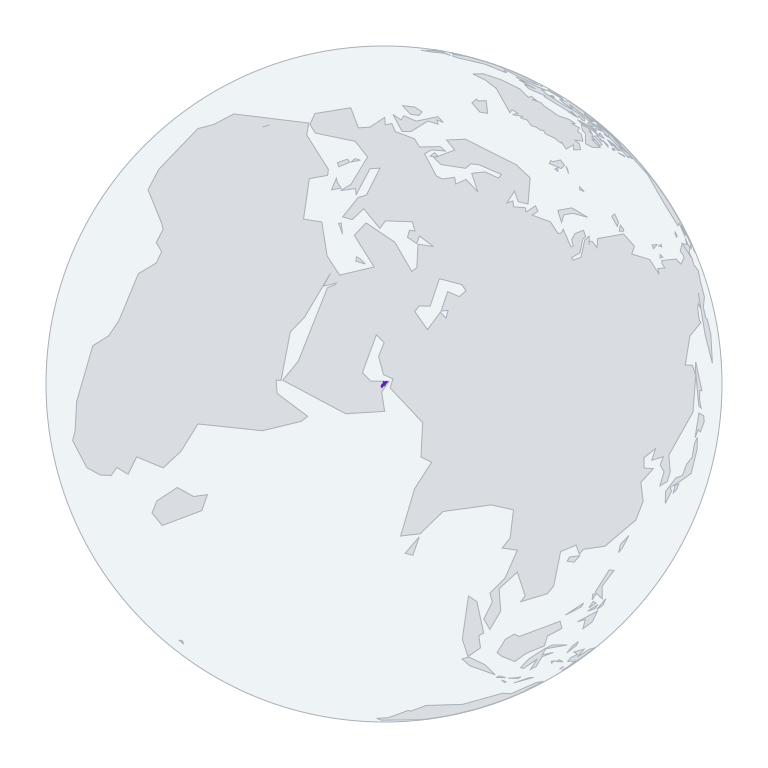 Ras Al Khaymah highlighted on a globe, orthographic projection, rotated 47°
{"feature_id": "ARE-338", "entity_name": "Ras Al Khaymah", "entity_type": "Emirate", "adm_level": 1, "iso_a3": "ARE", "parent_name": "United Arab Emirates", "parent_adm1": "", "projection": "orthographic", "projection_center": [56.062, 25.448], "detail": "medium", "context": "on_globe", "style": "filled", "palette": "violet", "viewbox_px": 768, "rotation_deg": 47, "n_neighbors": 0, "source": "natural_earth", "source_scale": "10m", "svg_char_len": 11515}
<svg xmlns="http://www.w3.org/2000/svg" viewBox="0 0 768 768"><g transform="rotate(47 384 384)"><circle cx="384" cy="384" r="338" fill="#eef3f6" stroke="#a8b0b8"/><path d="M491.9,63.8L489.4,63.0L494.0,64.8L489.5,63.7L473.6,58.9L470.3,58.4L479.7,61.5L481.0,63.1L467.7,58.5L468.7,61.1L442.3,55.8L410.5,48.3L392.3,48.0L350.2,48.4L350.6,48.9L334.9,50.8L329.4,52.4L323.1,52.9L324.2,53.9L330.9,53.2L333.6,53.7L331.0,54.9L322.6,55.4L322.7,54.9L318.9,55.7L315.8,55.7L315.8,56.4L305.9,57.5L311.8,58.4L300.6,61.0L295.1,61.3L300.9,58.6L302.5,56.1L326.0,51.1L349.8,47.8L373.7,46.2L397.7,46.4L421.7,48.2L445.4,51.7L468.9,56.9L491.9,63.8ZM247.3,74.9L246.8,75.3L259.3,70.2L260.7,70.0L271.4,66.8L264.1,70.4L251.1,76.0L241.9,79.2L235.9,82.2L240.1,82.2L218.4,92.4L196.4,107.2L191.4,110.1L189.9,108.6L201.6,99.6L201.0,99.9L223.7,86.5L247.3,74.9ZM196.2,103.1L195.1,103.9L185.8,110.3L196.2,103.1ZM178.2,116.0L175.5,118.1L177.9,116.5L172.5,120.7L173.4,119.7L178.2,116.0ZM495.5,65.3L498.5,66.3L499.6,66.9L495.5,65.3ZM274.7,65.2L273.0,66.0L271.9,66.1L274.7,65.2ZM280.9,63.3L280.7,62.9L283.7,62.0L280.9,63.3ZM493.7,66.0L494.6,67.2L490.9,65.1L493.7,66.0ZM280.4,64.0L288.8,60.4L294.0,59.0L298.4,58.8L280.4,64.0ZM493.3,67.3L495.7,71.1L502.6,73.2L484.6,70.1L488.5,67.4L482.9,64.2L489.4,66.6L493.3,67.3ZM334.2,52.6L326.9,53.3L335.4,51.8L334.2,52.6ZM339.0,51.5L361.2,47.8L370.7,47.9L361.3,48.8L375.5,48.7L369.2,50.5L360.0,51.0L355.1,50.4L356.4,51.7L339.0,51.5ZM474.3,68.2L472.6,68.8L471.4,67.4L474.3,68.2ZM335.4,53.7L339.0,52.7L347.5,52.6L341.7,54.7L340.8,54.0L335.4,53.7ZM382.4,48.2L387.7,48.9L384.0,50.4L385.6,51.0L369.9,50.6L382.4,48.2ZM337.6,54.6L338.6,55.9L332.2,57.2L332.4,54.8L337.6,54.6ZM352.1,51.8L355.9,52.0L351.9,52.5L352.1,51.8ZM310.2,63.6L314.4,61.7L319.2,61.4L310.2,63.6ZM339.4,56.3L341.6,55.9L343.9,55.8L343.3,56.9L339.4,56.3ZM368.4,52.0L365.8,52.7L374.7,52.1L372.3,53.8L362.2,53.4L365.6,54.2L364.9,54.8L357.5,54.0L368.4,52.0ZM349.7,57.8L336.1,58.8L327.3,62.0L322.8,62.2L337.8,57.1L349.7,57.8ZM354.9,55.6L350.7,56.9L347.2,56.2L348.0,54.9L354.9,55.6ZM374.3,55.1L380.5,52.7L382.5,52.9L374.3,55.1ZM347.8,58.8L351.1,58.6L347.6,59.1L347.8,58.8ZM366.9,56.2L368.8,55.2L371.0,55.5L366.9,56.2ZM356.1,59.3L351.8,59.4L352.1,58.4L356.1,59.3ZM361.6,58.0L364.2,58.6L354.9,57.9L362.1,57.4L361.6,58.0ZM368.7,56.7L370.6,56.5L367.5,57.1L368.7,56.7ZM357.1,63.6L345.4,63.0L346.3,60.5L357.6,61.3L357.1,63.6ZM73.4,402.1L70.3,345.9L78.2,331.3L84.1,309.6L141.9,261.0L149.1,270.7L189.0,278.3L193.0,282.9L182.9,298.6L208.5,330.4L223.1,319.0L251.6,338.3L274.1,342.2L291.7,311.4L255.0,304.3L254.0,287.2L287.7,279.4L320.6,286.9L321.3,280.6L305.0,263.8L317.2,254.1L299.9,257.1L303.5,264.3L292.8,266.8L288.9,260.5L293.3,257.1L284.7,252.6L265.7,271.6L267.3,280.9L241.9,279.3L242.1,295.1L233.6,300.2L230.0,275.7L233.9,268.0L223.4,239.7L217.0,247.4L226.5,275.1L221.5,271.7L212.9,283.9L215.5,272.0L206.8,241.2L187.0,239.5L153.6,263.1L143.7,261.1L139.1,250.1L159.3,219.9L179.2,228.1L186.6,219.0L189.5,201.8L195.3,206.3L198.9,200.7L207.1,203.6L225.5,194.5L234.9,196.4L248.7,181.0L255.4,180.3L245.3,189.4L243.3,197.3L267.3,203.8L273.9,201.5L281.0,191.4L286.7,195.1L290.4,184.5L307.5,184.3L289.8,176.2L297.6,165.6L311.5,159.8L310.9,155.2L288.3,165.0L282.1,170.4L281.9,177.2L262.4,192.6L252.7,193.2L261.1,172.7L248.3,171.8L260.5,157.5L314.0,137.7L333.0,136.6L350.5,155.9L342.3,161.5L331.9,157.0L335.4,170.6L338.0,164.9L342.8,168.4L351.4,160.5L355.2,162.7L357.0,151.7L362.7,153.6L361.4,160.5L379.0,151.7L392.5,154.1L394.6,151.2L393.1,147.4L411.2,153.8L412.0,151.4L406.4,148.3L404.3,141.8L407.6,133.3L413.7,135.9L413.3,139.3L421.6,151.2L419.6,160.8L422.5,161.2L425.6,153.5L415.5,138.9L415.8,133.1L421.9,139.2L419.7,136.5L421.7,134.5L429.5,135.3L423.4,128.4L437.7,106.5L454.1,106.9L457.9,114.1L474.3,104.8L491.5,108.0L486.3,104.9L490.7,99.6L485.3,98.4L483.2,96.6L491.9,85.1L498.7,85.2L496.6,78.7L493.9,77.3L488.8,76.7L484.6,70.1L502.6,73.2L507.7,76.0L515.5,76.9L526.2,83.5L538.6,90.1L545.8,98.2L555.0,103.5L557.0,103.4L570.9,111.4L592.9,129.8L566.5,115.2L531.8,92.1L545.2,101.0L539.6,99.4L542.8,103.2L552.5,110.0L555.2,110.4L557.4,127.4L575.6,150.8L580.6,145.7L590.2,150.0L615.2,177.1L630.3,224.3L643.4,234.5L648.5,243.3L646.7,251.8L639.2,239.0L631.6,237.3L627.7,229.3L622.3,240.2L616.4,229.4L615.2,244.0L622.7,251.1L629.6,244.8L631.1,263.3L646.4,274.3L655.2,292.5L653.3,333.1L640.9,350.8L641.6,357.2L632.9,353.3L627.0,369.1L647.4,397.6L648.8,407.6L636.5,432.4L635.3,425.3L612.5,414.8L612.2,439.5L629.6,453.4L635.7,473.9L624.0,471.3L617.3,453.4L609.2,449.1L608.6,428.1L596.5,399.8L584.5,409.5L582.8,396.9L564.3,375.1L545.5,388.1L517.5,427.7L518.1,459.8L506.5,475.5L481.5,433.1L473.7,402.5L462.6,406.7L438.6,382.0L391.1,382.2L386.3,374.0L376.9,377.9L360.3,369.3L353.7,355.6L342.8,356.1L361.0,392.1L372.9,391.7L385.6,378.4L388.2,391.1L404.4,402.2L379.6,432.3L312.2,455.5L308.9,431.2L275.0,359.7L277.9,352.5L277.9,351.6L277.7,350.0L271.2,361.5L266.5,347.5L281.0,396.8L282.0,417.0L311.2,456.9L307.6,460.3L318.0,468.6L355.5,461.9L355.0,469.8L335.2,504.8L286.3,547.4L294.8,578.4L294.7,602.7L268.6,614.6L275.5,632.7L262.7,636.4L264.9,645.8L257.2,653.5L242.6,658.4L213.0,650.3L207.6,641.8L187.2,620.7L157.4,570.9L161.0,552.5L156.9,534.7L135.8,488.4L140.2,467.9L135.5,456.3L125.2,454.1L120.3,440.1L114.4,436.8L81.1,424.2L73.4,402.1ZM116.3,291.1L113.4,297.2L113.3,297.3L116.3,291.1ZM352.0,312.1L373.9,315.1L370.0,293.9L378.1,293.6L373.8,286.9L369.6,292.5L359.9,274.4L371.5,269.3L371.8,260.5L364.5,259.2L344.8,271.7L358.5,297.1L351.0,305.0L352.0,312.1ZM182.4,112.8L182.2,113.0L178.5,115.8L178.4,115.8L181.4,113.6L182.4,112.8ZM173.5,122.8L164.9,129.4L170.9,124.3L169.1,124.9L179.5,115.7L189.4,111.1L183.1,114.5L173.5,122.8ZM196.2,103.4L188.4,108.9L196.5,103.1L196.2,103.4ZM210.9,170.5L211.4,175.3L204.9,180.6L193.1,180.6L202.4,172.7L210.9,170.5ZM213.7,181.2L225.3,162.2L233.1,162.3L226.8,165.3L230.8,167.2L221.6,172.7L217.7,192.3L211.7,198.5L193.1,193.6L202.5,191.4L201.4,186.5L213.7,181.2ZM241.3,122.0L246.4,116.1L256.7,123.6L250.7,128.4L238.5,128.0L238.5,122.2L241.3,122.0ZM286.6,65.5L287.9,64.3L290.2,63.9L291.0,64.6L286.6,65.5ZM311.8,62.7L283.3,70.7L283.4,69.5L266.7,76.7L260.3,76.8L271.3,71.9L253.9,77.9L261.3,73.6L249.5,78.3L274.8,67.5L280.7,64.6L276.5,67.7L282.2,67.5L286.4,66.5L303.0,62.1L318.6,56.8L326.7,56.6L328.4,57.9L325.8,59.1L321.3,58.7L321.2,60.7L312.8,61.1L311.8,62.7ZM342.3,85.5L338.2,82.4L336.5,90.5L328.0,89.3L328.4,90.3L320.1,91.7L310.7,95.4L307.6,94.3L305.3,96.3L299.7,97.6L295.5,100.1L288.5,99.2L282.7,102.5L282.7,100.3L274.6,106.2L277.5,101.5L270.7,103.3L271.5,106.9L244.4,100.3L230.8,102.6L217.8,107.6L224.6,100.0L241.0,91.0L260.9,83.4L273.1,82.9L273.9,80.1L280.0,79.2L276.8,81.8L285.3,77.3L289.4,77.4L307.2,73.4L317.0,68.0L323.7,66.8L321.9,69.0L329.9,66.4L331.1,70.0L336.0,69.4L342.0,72.9L335.8,78.2L341.7,77.3L346.6,80.4L342.3,85.5ZM358.5,64.6L353.0,70.2L345.7,72.7L338.2,65.8L333.6,65.8L328.6,62.5L339.3,59.3L339.7,60.5L342.7,60.9L338.2,61.7L344.0,61.4L344.8,63.2L349.6,63.6L346.5,65.2L358.5,64.6ZM201.0,278.5L204.8,280.6L211.5,281.8L206.2,290.0L201.0,278.5ZM194.6,257.5L198.5,257.7L194.3,268.9L190.4,267.1L194.6,257.5ZM204.2,248.7L199.1,256.8L199.5,251.4L204.2,248.7ZM249.3,189.3L253.8,189.2L252.9,191.8L248.8,194.9L249.3,189.3ZM335.5,112.7L334.3,109.7L336.5,109.0L340.6,102.1L347.2,102.9L347.3,107.4L335.5,112.7ZM283.5,315.8L274.9,320.8L272.4,317.2L275.8,316.2L283.5,315.8ZM237.1,305.5L246.0,312.1L235.6,307.7L237.1,305.5ZM343.4,112.5L344.3,109.4L347.0,111.8L343.4,112.5ZM352.2,103.3L356.0,105.5L348.5,102.3L352.2,103.3ZM433.8,706.5L437.7,707.8L431.9,708.5L433.8,706.5ZM352.3,603.6L336.2,642.7L320.2,641.6L314.6,629.8L318.7,605.8L336.5,599.9L344.5,588.6L352.3,603.6ZM680.7,499.9L684.9,497.9L684.5,499.4L680.7,499.9ZM676.4,498.5L681.8,495.2L675.0,502.1L676.4,498.5ZM683.8,493.9L689.2,487.4L691.6,483.5L690.8,486.7L683.8,493.9ZM672.5,501.0L648.6,513.4L638.4,514.4L641.5,508.2L658.0,501.7L672.5,501.0ZM640.6,508.4L624.1,500.8L596.7,466.8L606.6,464.5L634.2,481.0L632.6,486.1L642.7,493.4L640.6,508.4ZM678.0,463.4L676.2,477.6L663.7,483.5L657.6,484.5L653.5,469.4L655.8,459.4L661.0,457.2L677.6,416.9L684.1,420.6L679.8,436.5L684.9,445.3L678.0,463.4ZM519.9,462.6L528.9,479.7L522.2,483.9L519.9,462.6ZM681.6,391.5L676.7,409.0L680.3,387.5L681.6,391.5ZM682.2,372.6L683.8,379.0L680.0,374.3L682.2,372.6ZM643.9,366.6L638.5,370.8L637.1,366.1L643.1,358.0L643.9,366.6ZM661.9,308.2L666.6,322.1L667.3,327.4L662.5,320.3L661.9,308.2ZM400.9,121.4L387.9,129.5L382.9,137.2L386.9,143.9L375.6,138.5L383.3,126.5L400.9,121.4ZM432.6,107.7L429.0,102.8L434.1,103.3L435.7,104.5L432.6,107.7ZM427.8,105.9L416.6,103.1L417.0,99.4L425.7,102.2L427.8,105.9ZM379.7,106.3L375.4,108.4L373.3,106.3L379.7,106.3ZM656.0,584.5L628.1,615.2L623.5,617.4L631.0,608.5L639.3,588.8L641.4,587.8L647.9,572.4L671.9,545.0L691.1,508.0L697.1,502.5L706.1,476.6L710.1,470.3L704.9,488.7L704.9,490.0L695.5,515.0L684.2,539.2L671.0,562.4L656.0,584.5ZM691.0,493.2L697.9,478.1L700.6,474.7L691.0,493.2ZM716.6,443.6L714.7,449.7L716.4,441.4L717.0,433.1L712.3,438.7L711.4,434.3L713.8,426.9L709.5,427.9L714.4,418.5L715.6,428.6L718.0,414.8L720.3,410.6L721.0,408.5L716.6,443.6ZM712.7,446.5L713.4,445.4L712.3,450.2L712.7,446.5ZM702.9,448.0L702.4,451.8L700.9,450.7L702.9,448.0ZM705.1,443.8L709.3,442.6L704.5,447.2L705.1,443.8ZM688.0,446.1L689.9,453.1L695.7,443.4L691.2,454.4L694.3,465.2L692.6,471.4L689.7,459.5L687.2,475.9L684.6,477.6L683.9,465.4L687.1,447.4L689.7,438.8L699.8,428.0L688.0,446.1ZM705.4,433.6L704.1,425.1L704.9,417.6L706.4,421.3L705.4,433.6ZM698.7,405.3L693.4,397.3L689.9,404.7L695.6,382.7L700.0,394.0L698.7,405.3ZM692.1,383.3L689.0,390.0L691.3,377.9L692.1,383.3ZM687.5,386.9L685.7,379.3L688.9,378.2L687.5,386.9ZM694.0,382.1L692.3,368.2L695.1,374.9L694.0,382.1ZM680.7,362.6L689.9,370.8L680.3,371.5L673.6,346.1L677.2,342.9L680.7,362.6ZM661.0,246.7L656.6,240.4L658.1,236.5L660.7,241.9L661.0,246.7ZM658.9,220.4L657.1,233.5L654.9,245.2L658.4,246.7L663.2,259.7L654.6,251.3L651.8,234.6L654.5,228.0L649.2,217.8L647.7,208.4L639.2,197.4L636.7,191.2L645.2,199.4L658.9,220.4ZM635.4,193.1L620.0,173.4L625.5,171.9L630.1,175.8L634.8,185.3L631.7,185.4L635.4,193.1ZM617.9,168.5L614.7,168.7L585.4,146.0L580.5,141.0L605.7,156.1L604.0,157.4L610.3,163.7L617.9,168.5ZM476.2,69.9L472.9,68.9L476.1,69.2L476.2,69.9ZM480.1,96.1L477.7,93.7L481.5,93.7L480.1,96.1ZM473.1,87.3L470.5,89.0L470.7,86.1L473.1,87.3ZM465.1,93.2L468.2,89.1L468.9,94.7L465.1,93.2Z" fill="#d9dde1" stroke="#a8b0b8" stroke-width="1"/><path d="M384.5,380.3L384.6,380.7L384.6,380.9L384.6,381.5L384.4,381.7L384.4,381.8L384.6,382.1L384.4,382.3L384.4,382.7L384.5,382.8L384.4,382.8L384.2,382.9L383.9,382.9L383.8,383.1L383.7,383.1L383.6,383.7L383.7,383.8L384.0,383.8L384.2,383.7L384.3,383.7L384.3,383.8L384.3,384.0L384.2,384.2L384.2,384.3L384.4,384.3L384.4,384.5L384.2,384.6L383.8,384.5L383.7,384.4L383.4,384.6L383.2,384.4L383.1,384.2L382.8,383.8L382.8,383.4L382.6,382.9L382.3,382.7L382.6,382.6L382.8,382.4L383.0,382.3L383.3,381.9L383.5,381.8L383.3,382.1L383.5,381.7L383.8,381.3L383.9,381.1L383.7,381.3L383.8,381.1L384.0,380.8L384.1,380.4L384.5,380.3ZM384.9,384.8L384.9,385.0L385.0,385.0L384.9,385.1L384.8,385.3L384.7,385.3L384.5,385.7L384.5,386.1L384.5,386.3L384.6,386.6L384.7,386.8L384.6,387.0L384.8,387.2L385.0,387.3L385.0,387.6L384.9,387.6L384.7,387.6L384.2,387.7L383.9,387.4L383.8,387.1L383.7,386.9L383.5,386.7L383.4,386.4L383.4,386.2L383.6,385.8L383.4,385.6L383.5,385.5L383.5,385.4L383.9,385.3L384.0,385.3L384.3,385.3L384.4,385.2L384.6,385.0L384.6,384.9L384.4,384.8L384.5,384.7L384.7,384.8L384.8,384.8L384.9,384.8Z" fill="#8b5cf6" stroke="#5b21b6" stroke-width="1.5"/></g></svg>